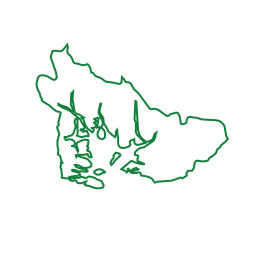 the border of Rogaland, rotated 284°
{"feature_id": "NOR-914", "entity_name": "Rogaland", "entity_type": "County", "adm_level": 1, "iso_a3": "NOR", "parent_name": "Norway", "parent_adm1": "", "projection": "orthographic", "projection_center": [5.997, 59.066], "detail": "fine", "context": "isolated", "style": "outline", "palette": "green", "viewbox_px": 256, "rotation_deg": 284, "n_neighbors": 0, "source": "natural_earth", "source_scale": "10m", "svg_char_len": 5719}
<svg xmlns="http://www.w3.org/2000/svg" viewBox="0 0 256 256"><g transform="rotate(284 128 128)"><path d="M141.7,227.6L138.4,226.0L134.0,222.6L131.8,222.0L130.7,221.3L128.8,219.8L124.7,219.3L121.0,216.7L118.8,214.3L116.1,213.6L115.5,213.0L114.0,209.9L113.4,207.1L113.1,203.2L112.5,202.0L110.8,201.2L104.8,201.5L102.1,200.5L100.9,196.5L98.5,195.7L96.1,196.5L92.3,193.0L92.7,191.2L87.4,183.0L85.9,178.1L84.6,174.7L84.0,172.2L83.3,170.2L81.5,167.1L84.7,163.4L85.2,161.5L85.5,159.5L85.4,154.7L85.0,152.8L85.5,152.0L87.2,151.2L87.7,149.6L87.6,148.9L86.3,146.9L85.9,144.5L85.4,143.1L85.5,141.8L86.1,142.0L87.5,143.5L89.4,146.9L90.6,148.0L91.2,145.7L90.6,144.4L89.1,142.6L86.4,140.0L87.7,138.6L88.3,138.5L89.0,139.2L88.2,137.7L85.8,138.2L84.6,137.4L85.4,136.5L85.9,135.1L86.4,131.5L97.0,139.2L96.4,142.4L96.1,146.5L96.2,150.5L97.0,153.0L98.3,145.3L99.5,144.7L102.5,144.9L103.7,144.4L103.6,141.4L103.9,141.0L106.0,140.8L107.8,141.5L110.2,143.3L111.2,144.4L113.5,148.5L121.5,155.6L124.2,156.5L130.3,156.5L128.8,155.3L123.2,154.8L120.8,152.6L119.6,150.8L119.2,148.7L119.6,147.2L120.5,145.4L122.3,142.6L123.6,141.2L128.0,138.4L155.9,129.6L155.9,128.7L138.2,132.2L134.7,134.5L125.8,136.6L123.6,138.4L117.6,148.3L114.3,142.5L113.8,141.0L114.4,138.4L115.9,137.5L117.5,137.3L118.7,136.6L117.9,136.0L116.7,133.9L116.0,133.2L115.0,133.2L112.5,134.3L111.2,134.1L109.9,132.9L108.5,130.7L107.4,128.1L107.2,125.5L108.4,123.4L110.5,122.2L116.8,120.6L118.7,119.5L122.4,118.5L123.6,117.8L121.2,117.2L118.0,117.9L116.0,117.7L117.4,114.3L119.6,110.4L120.5,109.2L123.5,107.0L126.4,103.6L131.6,101.6L136.2,96.8L139.1,96.0L145.0,96.2L145.0,95.3L137.2,95.4L135.5,95.8L128.4,101.6L125.3,102.8L122.6,101.9L120.9,97.9L130.6,97.1L130.6,96.2L128.2,92.3L128.3,93.2L128.1,94.4L127.5,95.4L126.5,96.1L125.6,94.1L124.8,93.7L123.8,95.8L123.3,96.3L121.4,96.3L120.5,95.7L119.9,94.8L119.1,92.0L118.9,94.4L117.8,95.3L116.4,95.2L115.2,94.5L115.2,93.7L115.9,93.0L117.4,89.3L118.1,88.2L120.5,85.9L125.3,82.7L126.6,80.7L127.5,82.5L129.2,77.6L129.3,75.1L129.6,73.9L130.9,72.3L142.6,67.2L150.0,66.0L147.6,64.6L136.8,66.9L132.8,70.1L130.5,70.4L133.1,64.6L133.5,62.2L133.8,57.4L134.3,55.4L135.2,54.1L133.6,54.9L132.4,57.8L131.6,61.6L131.3,64.8L130.5,67.4L129.4,70.0L128.1,72.2L125.2,78.7L124.4,79.9L121.8,82.1L120.4,83.8L118.1,85.6L117.2,85.9L116.1,85.2L115.3,82.6L114.3,82.5L114.7,84.2L113.5,85.1L113.5,85.9L114.6,86.7L115.2,88.6L112.2,91.2L110.6,91.7L109.7,88.4L108.2,85.9L107.9,84.3L108.2,80.3L110.6,80.4L125.2,76.5L124.0,74.9L122.1,74.5L120.1,75.0L117.0,76.9L109.2,76.3L107.3,75.1L105.8,72.5L104.9,71.7L103.9,68.7L103.2,68.7L102.0,70.0L101.3,70.4L102.9,74.3L103.2,76.1L102.5,78.3L101.2,79.8L99.4,80.4L97.8,79.7L96.8,77.3L97.2,80.3L96.1,82.5L92.8,85.1L94.0,85.3L98.6,82.4L100.3,82.1L101.7,82.5L102.8,83.7L106.0,88.1L106.4,89.4L106.5,92.4L105.6,92.8L101.6,93.3L100.3,92.7L99.6,94.2L98.7,94.3L96.5,93.7L96.1,93.9L96.1,95.5L95.9,96.2L94.8,97.5L91.4,99.7L90.6,99.5L90.4,98.0L91.0,96.6L91.9,95.6L92.8,95.4L92.8,94.4L91.3,91.8L90.3,87.3L89.0,84.0L87.4,84.9L88.0,85.2L88.9,86.7L88.4,89.1L88.3,94.5L87.8,96.6L85.3,100.4L83.7,101.4L81.8,101.3L80.6,100.0L79.3,97.6L78.6,94.8L79.0,92.2L79.7,89.8L79.8,87.0L79.2,85.4L78.0,86.6L77.4,88.7L77.2,91.2L77.4,96.5L77.3,98.0L77.0,99.0L76.4,99.2L75.7,98.7L75.3,97.7L74.8,93.5L74.1,91.6L73.9,90.2L74.4,87.6L74.2,84.6L73.8,84.0L73.1,84.1L72.8,84.5L72.7,91.8L70.5,92.9L66.4,82.9L64.5,82.2L64.1,80.3L63.8,75.8L65.7,75.4L71.7,73.3L73.6,71.9L75.9,71.9L77.7,71.4L77.7,72.2L78.3,72.9L79.9,71.2L84.0,69.3L84.7,68.6L85.5,66.3L89.7,65.8L93.7,63.8L98.8,62.6L105.2,62.8L108.0,61.4L109.8,59.9L111.9,59.0L114.0,60.1L114.6,60.1L116.3,59.1L126.3,59.1L127.0,58.2L127.0,54.2L128.6,50.5L131.0,46.0L132.8,39.8L133.5,38.4L134.1,37.5L135.2,37.5L135.7,37.2L136.9,35.7L141.2,33.4L142.7,31.7L145.9,29.6L148.8,28.5L154.8,28.4L156.4,29.0L157.6,30.0L158.3,31.7L158.7,33.9L158.8,36.1L158.5,38.0L156.8,43.1L156.8,44.7L158.1,46.1L159.9,46.7L164.6,44.6L177.0,36.5L178.8,35.8L184.4,36.2L185.5,38.9L185.9,43.5L186.8,45.0L187.9,46.0L194.2,48.9L191.4,50.3L189.2,50.1L186.6,51.0L185.8,51.7L184.1,54.6L182.4,56.5L178.5,59.3L178.1,60.1L178.0,61.2L178.2,64.4L178.0,67.6L178.1,69.5L180.1,73.3L179.0,75.1L176.9,77.0L173.0,78.9L172.9,80.9L170.8,83.4L170.3,85.5L170.0,89.3L168.2,93.7L167.7,95.2L167.7,96.8L168.5,103.2L168.6,108.5L168.8,109.5L170.5,110.6L176.0,109.8L174.2,112.5L172.7,113.7L172.2,114.8L172.1,115.9L172.5,117.3L172.2,119.1L171.2,120.5L167.1,124.4L164.4,129.5L152.6,143.7L151.9,144.9L151.8,145.9L153.2,149.6L152.9,153.2L150.0,160.2L149.1,163.2L150.0,164.7L152.1,166.3L153.0,168.2L154.7,171.2L154.5,172.9L151.6,175.5L145.2,178.1L144.5,179.2L146.2,182.5L147.3,183.4L150.8,183.0L153.0,183.9L153.7,185.0L153.9,187.9L154.6,192.8L154.2,196.5L154.4,198.6L156.8,211.3L157.0,213.5L156.7,215.7L154.9,219.3L153.5,220.8L151.7,221.9L144.4,225.0L142.4,226.7L141.7,227.6ZM69.1,98.6L69.2,99.4L71.5,101.8L71.7,104.0L71.6,107.5L70.6,110.4L70.2,115.0L66.3,118.4L64.5,118.2L63.2,116.4L62.6,114.7L61.8,111.5L61.8,108.7L62.3,105.8L62.4,102.3L61.9,101.7L62.8,99.4L66.0,100.3L63.1,95.9L62.6,94.1L62.6,92.2L64.2,90.7L64.8,89.0L63.6,87.9L63.1,85.8L63.4,84.0L64.9,83.9L67.2,89.8L67.7,92.5L69.4,94.7L69.7,95.9L69.2,97.2L69.1,98.6ZM116.5,99.7L120.1,100.6L121.8,101.7L121.3,103.6L119.1,106.2L115.7,107.4L112.8,107.8L110.9,105.8L111.1,102.6L112.4,100.8L114.6,99.9L116.5,99.7ZM98.6,120.8L101.0,122.2L101.2,123.7L100.9,126.3L99.4,127.3L94.0,123.7L89.8,121.9L88.1,120.8L89.3,119.7L90.2,119.5L92.7,119.9L94.7,121.0L96.0,121.3L97.5,120.6L98.6,120.8ZM80.9,109.8L81.3,111.6L81.0,113.3L80.1,115.7L79.6,116.3L78.8,115.6L78.9,114.8L78.6,114.3L75.9,111.7L75.4,110.2L75.3,108.8L76.0,106.8L76.5,106.0L77.2,105.8L77.8,106.0L79.4,107.4L80.2,108.4L80.9,109.8Z" fill="none" stroke="#15803d" stroke-width="2"/></g></svg>